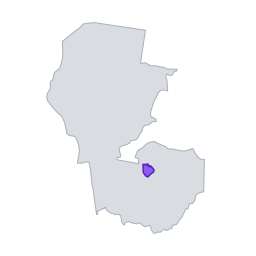 location of Lunga, Luapula, Zambia, rotated 100°
{"feature_id": "96606910B4218134786212", "entity_name": "Lunga", "entity_type": "district", "adm_level": 2, "iso_a3": "ZMB", "parent_name": "Zambia", "parent_adm1": "Luapula", "projection": "albers", "projection_center": [29.85, -11.571], "detail": "fine", "context": "in_parent", "style": "filled", "palette": "violet", "viewbox_px": 256, "rotation_deg": 100, "n_neighbors": 0, "source": "geoboundaries", "source_scale": "gbopen_adm2", "svg_char_len": 4670}
<svg xmlns="http://www.w3.org/2000/svg" viewBox="0 0 256 256"><g transform="rotate(100 128 128)"><path d="M171.3,171.8L160.1,171.8L156.0,172.7L152.7,174.1L148.7,176.3L146.4,177.8L145.8,178.7L145.5,180.5L145.5,183.3L145.1,185.4L143.9,187.3L137.9,189.6L133.9,191.4L130.1,193.6L127.1,196.5L125.2,200.0L121.9,204.4L115.0,212.1L111.0,213.6L107.6,213.3L103.6,211.8L100.3,211.5L98.0,212.5L95.7,212.3L93.7,210.7L92.0,210.1L90.6,210.6L88.9,210.5L85.6,209.7L82.8,207.0L81.3,205.9L80.1,205.4L76.8,205.1L69.1,204.6L61.2,206.1L54.3,207.6L47.1,201.7L40.1,195.3L38.6,193.7L35.9,191.6L34.0,190.6L33.3,190.1L31.3,184.3L30.1,179.1L28.7,127.8L60.3,127.0L62.3,126.7L62.4,126.2L60.9,123.5L60.9,122.5L61.3,120.6L62.6,116.9L62.7,115.6L62.0,111.6L62.0,109.3L62.2,104.8L62.0,103.2L62.7,101.1L62.9,99.8L63.2,99.2L62.8,97.6L62.1,92.2L61.6,89.9L63.6,90.2L64.2,91.3L64.6,92.6L65.5,92.6L67.7,93.3L68.5,94.3L69.1,96.5L68.8,97.6L68.1,98.5L68.8,99.3L70.4,99.8L71.2,99.6L73.8,98.1L76.1,97.5L77.3,97.1L82.5,96.0L83.6,95.5L84.3,95.4L84.8,95.9L84.4,97.4L84.3,98.8L84.9,101.4L85.5,102.6L86.6,103.4L87.4,103.9L88.3,104.8L90.1,104.6L94.1,105.9L95.3,106.5L97.0,107.0L98.2,107.3L102.4,107.7L106.8,108.3L109.0,108.4L110.6,108.2L111.8,107.8L112.4,107.4L112.8,107.0L114.4,102.1L115.2,101.7L116.3,101.4L116.9,101.9L117.6,105.0L120.8,107.7L121.9,110.1L122.7,112.1L123.4,112.6L124.6,113.3L126.5,113.5L128.3,113.6L136.8,117.0L137.7,117.6L138.8,119.4L139.4,121.5L140.1,123.1L141.2,123.4L142.2,123.5L143.1,124.6L143.9,125.6L146.4,129.7L146.7,131.3L148.0,132.3L149.6,132.8L151.1,132.8L152.0,132.4L154.2,131.5L155.9,130.6L157.1,130.2L157.8,130.4L158.4,131.1L158.8,133.1L160.0,133.8L160.8,133.5L161.2,132.7L161.2,132.3L161.2,111.2L160.4,111.4L159.4,112.0L157.2,112.0L156.3,112.5L156.0,113.2L156.2,114.0L156.2,115.2L155.9,115.8L154.9,116.0L153.5,115.6L150.9,115.0L148.8,114.6L147.2,113.0L145.1,110.6L143.7,109.4L140.4,107.0L139.8,106.5L138.8,105.3L138.0,103.3L137.1,101.0L136.7,99.6L137.5,97.4L139.4,90.0L139.8,87.7L141.4,85.4L141.5,83.4L140.9,80.7L141.0,79.2L141.2,70.9L140.7,68.2L139.6,65.3L137.2,61.2L137.2,60.3L140.9,57.7L142.0,56.7L143.9,54.5L145.2,52.7L146.1,51.2L146.3,49.3L145.7,47.5L147.0,47.1L177.7,42.4L178.1,43.6L179.0,45.7L180.1,47.3L181.4,48.6L182.5,49.4L183.2,49.7L187.9,49.6L189.6,50.4L191.1,51.5L191.5,53.1L192.4,54.1L193.5,54.9L193.9,55.0L194.7,54.8L196.0,54.8L197.1,55.1L197.7,55.5L197.7,56.8L198.1,57.4L199.7,57.7L201.3,57.8L202.9,58.7L204.5,58.9L206.5,59.3L207.4,60.3L209.5,61.3L212.0,62.2L214.8,63.7L214.9,64.2L215.3,65.1L215.8,65.7L215.9,66.6L216.1,67.5L216.8,67.7L217.4,67.8L217.9,67.2L218.7,67.2L219.5,67.6L219.8,68.6L220.4,69.9L221.4,70.8L222.1,71.7L221.9,73.3L221.4,74.8L222.8,76.2L224.6,77.6L225.1,78.2L225.2,80.3L225.5,81.0L226.7,82.7L227.3,83.8L227.2,84.4L223.9,87.7L221.8,88.2L220.9,88.9L220.4,89.6L221.6,93.0L222.3,94.2L221.7,95.8L220.4,98.5L219.8,98.7L219.6,100.8L220.0,101.5L220.7,102.1L220.9,103.5L220.8,106.9L220.0,110.8L221.4,114.2L221.9,114.6L224.0,114.7L224.3,115.0L223.8,115.9L222.4,117.4L219.7,118.5L215.9,119.8L215.1,121.0L214.6,122.8L215.0,123.8L215.5,124.5L215.3,126.0L215.0,127.7L215.1,129.0L214.9,130.1L214.4,130.7L213.7,132.4L212.9,134.1L212.3,134.9L211.3,135.7L209.8,136.4L209.8,136.8L211.5,137.6L211.9,138.1L212.1,138.5L211.4,139.4L212.2,139.9L213.1,140.4L214.0,141.5L215.0,143.7L215.2,144.0L215.5,144.0L216.0,143.8L217.1,142.9L217.8,142.6L218.7,143.9L203.0,149.1L199.3,150.1L193.8,152.0L192.0,152.7L190.6,153.4L176.0,157.5L173.7,158.4L168.5,160.5L168.4,160.8L168.4,161.8L168.9,163.8L169.8,165.7L170.5,166.7L171.0,169.4L171.3,171.8Z" fill="#d9dde1" stroke="#a8b0b8" stroke-width="1"/><path d="M161.7,99.0L161.8,99.1L161.8,99.3L162.0,99.5L161.9,99.5L161.8,99.8L161.8,100.0L161.7,100.1L161.8,100.2L161.7,100.2L161.7,100.3L161.4,100.3L161.3,100.5L161.4,100.8L161.3,101.0L161.2,101.1L161.1,101.3L161.3,101.4L161.2,101.4L161.2,101.5L161.3,101.6L161.2,101.7L161.0,101.8L161.3,101.9L161.2,101.9L161.2,102.0L161.3,102.0L161.2,102.0L161.1,102.3L160.9,102.3L161.0,102.3L160.9,102.4L161.0,102.4L161.0,102.5L160.9,102.5L160.9,102.8L160.9,102.7L161.0,102.7L161.0,102.8L160.9,102.8L161.0,102.9L161.0,103.0L160.9,103.0L160.7,103.0L160.8,103.1L160.7,103.1L160.7,103.3L160.8,103.2L160.8,103.3L161.0,103.3L161.0,103.2L161.0,103.3L161.2,103.5L161.1,103.8L161.1,104.0L161.0,104.3L161.0,104.5L161.0,104.8L161.1,105.0L161.1,105.3L161.1,105.5L161.0,105.8L161.1,106.0L161.1,106.3L161.1,106.5L161.1,106.8L161.2,107.0L161.2,106.9L161.2,107.0L161.2,106.9L161.3,106.9L167.8,105.5L168.9,105.3L170.4,104.1L172.3,102.0L172.3,101.9L172.2,101.9L172.2,101.7L172.7,99.9L170.9,98.8L166.6,95.1L164.6,95.2L162.5,97.5L161.6,98.7L161.6,98.9L161.7,99.0Z" fill="#8b5cf6" stroke="#5b21b6" stroke-width="1.5"/></g></svg>